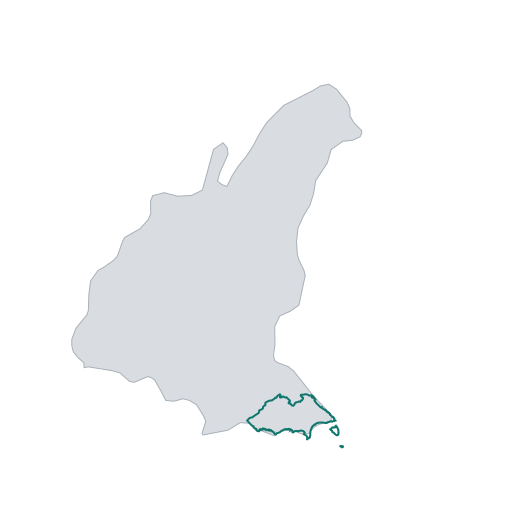 Pedernales, Pedernales, Dominican Republic shown in context, rotated 290°
{"feature_id": "3306468B80072272336201", "entity_name": "Pedernales", "entity_type": "district", "adm_level": 2, "iso_a3": "DOM", "parent_name": "Dominican Republic", "parent_adm1": "Pedernales", "projection": "natural_earth1", "projection_center": [-71.521, 17.882], "detail": "fine", "context": "in_parent", "style": "outline", "palette": "teal", "viewbox_px": 512, "rotation_deg": 290, "n_neighbors": 0, "source": "geoboundaries", "source_scale": "gbopen_adm2", "svg_char_len": 7120}
<svg xmlns="http://www.w3.org/2000/svg" viewBox="0 0 512 512"><g transform="rotate(290 256 256)"><path d="M93.3,334.5L93.8,314.7L96.5,306.7L94.0,298.2L82.7,289.2L75.8,277.6L69.7,267.4L71.1,265.9L83.3,265.4L87.6,261.6L95.9,251.1L97.5,242.7L96.9,236.3L91.5,228.6L89.4,220.6L96.0,213.6L104.7,203.3L105.9,199.4L105.7,195.5L95.6,184.7L94.9,180.0L99.6,168.3L99.1,160.5L94.5,136.3L92.3,132.7L96.8,130.7L99.7,123.4L103.6,117.0L108.9,113.5L114.8,111.4L126.5,111.5L142.8,117.2L147.4,117.1L163.1,112.0L176.0,109.1L188.3,112.4L193.2,116.7L203.3,123.7L208.3,125.8L224.3,125.6L228.6,126.3L242.0,137.7L253.3,142.3L259.8,142.6L271.5,138.1L277.4,138.3L284.1,148.1L285.4,162.1L291.0,174.9L299.6,183.1L341.7,179.6L351.1,186.3L347.9,191.9L342.0,194.9L321.9,193.5L313.2,194.2L311.4,199.7L311.4,204.9L323.1,206.1L334.6,208.7L346.3,212.8L358.3,215.6L371.7,217.4L384.9,220.4L407.0,230.5L431.4,253.3L438.0,258.5L442.3,265.7L440.3,274.5L431.6,289.0L426.7,293.7L419.6,296.5L414.7,302.4L410.0,312.5L407.1,313.4L403.6,313.0L397.8,307.2L393.5,298.4L381.8,290.2L367.8,291.2L347.2,286.3L334.7,288.7L322.3,289.3L309.5,286.8L296.7,285.9L283.9,289.0L271.5,294.3L266.9,297.7L259.0,305.9L254.7,308.9L224.5,313.1L215.8,307.0L207.7,298.8L196.1,297.7L179.3,304.1L168.7,306.4L164.4,309.1L163.2,312.2L163.1,323.8L160.8,330.8L144.4,357.3L135.1,375.9L131.3,381.7L126.9,383.0L118.8,372.2L113.6,368.3L107.2,366.4L104.5,360.7L104.6,352.6L102.9,344.7L99.0,338.5L93.3,334.5Z" fill="#d9dde1" stroke="#a8b0b8" stroke-width="1"/><path d="M132.9,327.1L133.5,326.5L134.1,326.1L134.2,325.8L134.1,325.6L133.3,325.1L132.5,324.4L131.9,324.0L130.7,323.8L129.7,323.5L129.5,323.1L129.5,322.6L128.8,322.4L127.6,321.7L125.7,320.3L125.5,320.1L125.4,319.4L124.7,318.2L122.5,315.8L121.1,315.0L119.1,315.8L118.9,315.7L118.3,315.1L116.9,314.3L116.3,314.3L115.5,314.6L114.9,314.5L114.1,314.1L112.4,312.2L112.1,311.9L111.6,311.9L110.9,312.2L109.2,312.1L106.4,309.9L105.5,309.3L104.9,308.8L103.2,307.9L102.9,307.4L102.3,306.3L101.6,305.4L99.4,304.4L98.9,304.2L98.5,304.0L98.3,304.0L95.1,310.4L95.0,310.7L95.0,310.9L95.2,311.1L95.1,311.8L94.7,311.9L94.5,312.4L93.9,312.6L93.8,313.5L93.6,314.1L93.4,314.4L93.5,314.7L93.4,314.8L93.6,315.0L93.6,315.3L93.2,315.7L92.7,315.8L92.1,316.9L92.1,317.7L92.2,317.8L92.2,318.2L92.5,318.4L92.5,318.9L93.1,319.0L93.3,319.0L94.3,318.9L94.3,319.2L94.0,319.3L94.0,319.7L94.2,320.0L94.5,320.0L94.4,320.2L94.8,320.5L94.8,320.8L95.1,320.8L95.3,321.2L95.2,321.3L95.1,321.7L95.2,321.4L95.5,321.4L95.6,321.7L95.5,321.8L95.6,322.1L95.9,321.6L95.9,321.3L96.1,321.2L96.3,321.3L96.3,322.2L96.1,322.1L96.1,322.3L95.9,322.3L95.9,322.6L96.3,322.6L96.4,323.0L96.6,323.1L96.6,323.3L96.3,323.3L96.4,324.0L96.1,324.0L96.3,324.1L96.4,324.5L96.3,324.8L96.3,325.3L96.1,325.5L95.9,325.5L96.3,326.6L96.4,327.2L96.8,327.2L97.1,327.0L97.4,327.6L97.4,327.8L96.9,328.4L97.2,328.4L97.3,328.5L97.3,329.0L97.5,329.4L97.5,329.6L97.1,329.8L97.1,330.9L96.9,331.2L96.6,331.2L96.5,331.8L96.6,332.5L96.4,333.2L96.3,333.4L96.1,333.4L95.7,333.7L95.3,334.1L95.2,334.5L95.2,335.1L94.9,335.4L94.9,335.6L95.3,335.9L95.9,335.9L96.5,336.2L96.9,336.5L97.0,336.8L97.5,337.5L98.2,338.4L98.7,338.8L99.1,338.9L99.4,339.2L99.6,339.2L100.2,339.7L100.4,339.7L100.7,340.1L102.1,341.2L102.2,341.5L103.2,342.5L103.4,343.2L103.8,343.8L103.8,344.0L104.0,344.6L104.1,344.8L103.9,344.8L104.0,345.0L104.2,345.5L104.5,345.7L104.5,345.9L104.7,346.0L104.7,346.3L104.9,346.6L104.9,347.8L104.8,348.1L104.8,348.7L104.7,348.9L104.6,349.3L104.3,350.0L104.0,350.3L103.9,350.3L103.8,350.1L103.2,350.2L102.8,350.6L103.0,351.0L103.1,351.4L103.4,351.5L103.8,351.9L104.2,352.1L104.3,352.2L104.9,352.7L105.3,353.6L105.5,354.3L105.8,354.9L105.9,355.5L105.8,355.8L107.1,357.3L107.6,358.9L107.6,360.5L107.3,360.9L107.3,361.2L106.8,361.8L106.8,362.1L106.0,362.3L105.0,361.9L104.8,362.7L104.7,362.9L104.7,363.6L104.5,364.6L104.0,365.4L103.1,366.2L102.3,366.4L101.8,366.7L101.3,366.7L101.3,366.9L102.3,367.2L103.1,368.3L103.8,368.2L104.1,368.5L104.3,368.3L106.0,368.4L106.6,368.1L107.9,367.7L108.5,367.4L109.2,367.4L110.1,367.0L110.9,367.0L111.6,367.2L112.2,367.2L112.8,367.0L113.2,367.0L113.6,367.2L114.0,367.1L114.6,367.3L114.8,367.3L115.1,367.4L115.5,367.4L116.1,367.8L117.0,368.3L117.8,368.8L117.7,369.1L118.7,369.6L119.6,370.2L120.9,372.0L122.1,374.9L122.5,376.5L122.9,378.6L123.4,379.7L123.7,379.9L123.8,379.9L123.9,380.1L124.1,380.1L124.3,380.5L124.6,380.7L125.0,381.4L125.8,382.1L125.9,382.5L126.3,382.7L126.2,383.4L126.3,383.5L126.5,384.4L126.8,384.5L127.5,385.3L127.8,385.5L127.9,385.9L127.8,386.1L128.1,386.2L128.5,386.8L128.8,386.2L129.1,385.7L129.5,385.1L130.2,385.1L130.5,384.4L130.8,384.1L130.9,383.8L131.0,383.7L130.7,383.3L130.8,382.9L131.2,382.4L131.5,381.5L132.0,380.9L132.0,380.0L132.5,379.6L133.0,379.5L133.2,378.7L133.6,378.3L133.5,377.7L133.8,377.6L133.9,377.3L134.0,377.2L133.8,376.5L133.9,375.7L134.5,375.3L134.8,374.3L134.9,374.2L134.8,373.9L134.9,373.5L135.1,373.3L135.0,373.1L135.1,372.9L135.0,372.7L135.1,372.3L135.3,371.8L135.8,369.7L136.1,369.6L136.5,369.4L136.4,369.3L136.0,369.4L135.9,369.3L135.9,368.8L136.1,367.9L137.7,364.7L138.1,363.5L139.1,361.9L139.3,361.5L139.9,360.7L140.6,360.2L140.8,360.2L141.3,360.8L141.5,360.5L142.3,359.9L142.3,359.3L142.2,358.8L142.2,358.3L142.3,358.1L142.3,357.3L142.4,356.7L143.0,356.5L143.1,356.8L142.9,356.9L143.1,357.2L143.1,357.4L143.2,357.6L143.4,357.5L143.5,357.5L143.5,357.1L143.7,356.9L143.7,356.5L144.1,356.0L143.9,355.1L143.2,354.3L143.1,353.9L143.1,353.5L143.3,352.6L143.3,350.4L143.0,349.7L141.9,348.0L141.6,347.3L141.4,346.6L141.1,345.9L140.6,345.7L140.3,345.7L139.7,346.3L139.2,347.3L139.1,348.4L138.9,348.6L138.0,349.0L137.2,348.7L136.2,348.6L135.9,348.4L135.6,347.8L135.4,347.7L134.4,347.6L134.1,347.5L134.0,347.3L134.0,346.3L133.9,346.0L132.7,344.8L132.1,343.6L131.5,343.4L131.0,342.9L129.2,342.8L128.2,342.4L128.0,342.1L127.9,341.5L127.9,340.6L128.5,340.0L128.8,339.3L128.8,337.1L129.5,336.8L129.9,336.8L130.2,337.0L130.5,337.5L130.8,337.7L131.6,337.3L131.8,337.1L133.6,333.0L133.6,332.7L133.2,332.3L133.0,331.9L133.1,330.7L133.3,329.9L133.3,329.6L133.0,329.2L132.3,328.8L131.8,328.2L131.3,327.2L131.4,326.9L132.1,326.6L132.5,326.7L132.9,327.1ZM118.5,385.0L118.4,385.1L117.8,387.1L117.6,387.3L116.8,387.8L116.7,388.2L116.6,388.3L116.6,389.5L115.8,390.7L115.7,391.5L115.3,392.2L115.2,392.8L115.2,393.3L115.6,394.0L116.0,394.3L116.5,394.3L116.7,394.2L117.2,394.3L117.3,394.2L117.8,394.1L118.1,393.9L118.4,393.9L118.7,393.6L119.5,393.4L120.8,392.8L121.1,392.3L121.7,392.0L122.2,391.5L122.5,391.0L123.0,390.7L123.1,390.4L123.1,389.9L123.4,389.5L123.6,389.5L123.8,389.2L123.5,389.0L123.3,389.2L123.1,389.2L122.4,389.2L122.0,388.6L121.8,388.6L121.7,388.4L121.6,387.8L121.4,387.7L121.2,387.4L121.2,386.9L121.0,386.4L120.3,385.9L119.8,386.0L119.1,385.8L118.5,385.0ZM106.2,401.6L105.6,401.8L105.7,402.4L105.9,402.6L106.0,402.8L106.3,402.9L106.5,402.7L106.8,402.7L106.7,402.0L106.3,401.8L106.2,401.6ZM143.0,358.0L142.7,358.0L142.9,358.3L142.7,358.6L143.2,358.4L143.2,358.1L143.0,358.0ZM104.7,348.1L104.3,348.1L104.6,348.3L104.7,348.2L104.7,348.1ZM106.3,400.3L106.2,400.3L106.2,400.6L106.4,400.5L106.3,400.3Z" fill="none" stroke="#0f766e" stroke-width="2"/></g></svg>